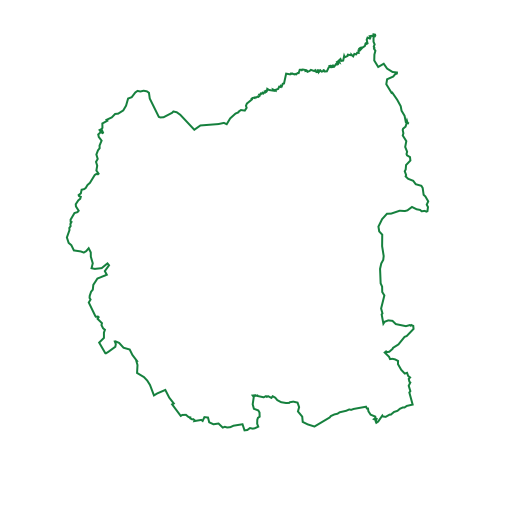 Castleisland Lea-4, Kerry, Ireland, rotated 257°
{"feature_id": "5873133B10619392934553", "entity_name": "Castleisland Lea-4", "entity_type": "district", "adm_level": 2, "iso_a3": "IRL", "parent_name": "Ireland", "parent_adm1": "Kerry", "projection": "mercator", "projection_center": [-9.401, 52.23], "detail": "fine", "context": "isolated", "style": "outline", "palette": "green", "viewbox_px": 512, "rotation_deg": 257, "n_neighbors": 0, "source": "geoboundaries", "source_scale": "gbopen_adm2", "svg_char_len": 6034}
<svg xmlns="http://www.w3.org/2000/svg" viewBox="0 0 512 512"><g transform="rotate(257 256 256)"><path d="M438.2,166.8L431.7,163.2L427.7,159.4L425.7,153.7L426.1,150.7L423.5,146.7L422.3,141.0L421.2,141.5L419.7,136.1L415.4,135.2L414.5,134.2L413.9,131.9L411.9,132.7L412.7,134.3L410.6,134.7L410.3,134.1L411.7,132.7L409.9,129.6L407.3,129.6L403.1,131.5L398.8,128.4L396.2,127.9L394.5,125.8L390.8,123.3L386.2,123.6L383.7,121.3L379.7,121.6L375.2,119.7L371.6,121.1L371.2,120.4L371.8,118.8L371.2,117.1L364.6,110.6L363.1,107.8L360.5,105.3L359.8,103.5L359.8,101.0L356.4,99.4L355.3,96.9L354.3,97.0L353.1,98.6L351.3,97.6L350.2,95.4L347.0,92.0L344.8,91.7L340.0,93.4L338.9,91.9L338.7,88.8L333.1,83.5L331.1,83.1L330.6,83.8L328.9,82.3L326.8,82.1L325.3,80.4L323.2,80.1L316.6,75.9L310.9,76.4L308.1,78.5L302.4,79.8L299.9,86.2L298.1,89.0L298.9,91.6L301.2,94.7L296.7,95.8L292.5,94.9L285.6,95.3L281.1,93.0L279.7,96.0L278.9,102.9L282.2,109.6L280.0,110.7L275.3,105.3L271.3,106.4L269.7,96.4L264.5,91.0L259.9,89.4L258.3,87.3L254.6,85.0L252.6,84.4L250.8,85.0L248.3,82.6L233.7,85.9L232.8,86.3L232.6,88.3L231.8,88.9L230.4,87.5L225.2,90.8L223.4,89.9L220.0,90.7L218.1,92.2L215.6,90.6L210.4,89.4L206.9,83.7L195.2,87.3L194.9,87.8L195.8,90.5L199.2,98.5L201.7,99.6L204.5,99.2L204.5,99.8L202.1,103.1L196.4,106.3L193.3,111.9L187.4,113.3L180.5,116.4L180.5,115.8L176.4,116.0L168.8,113.8L163.2,119.6L159.1,122.0L154.2,123.7L143.1,125.2L144.3,128.8L145.9,137.5L137.5,139.6L130.8,142.7L130.3,140.9L117.1,146.7L117.7,148.4L117.0,152.0L114.2,154.1L113.5,155.7L112.6,155.4L111.2,157.0L111.1,158.2L109.6,159.4L109.0,158.9L108.6,165.8L107.3,166.9L110.6,169.5L109.4,172.9L104.5,173.0L101.6,176.7L101.2,181.8L96.3,185.0L96.6,187.2L95.4,189.3L95.0,192.5L95.7,195.9L95.1,205.0L88.7,205.6L88.4,208.4L89.7,211.4L88.5,214.0L88.4,216.0L89.2,219.8L92.3,219.4L96.1,220.4L97.9,221.5L98.6,223.4L102.7,224.2L105.0,223.5L107.6,219.6L112.2,219.4L119.1,222.1L120.8,221.4L120.5,223.9L119.9,223.9L119.8,225.9L119.3,225.9L116.6,231.7L117.2,234.2L116.3,234.9L116.7,236.2L114.3,239.1L115.6,240.7L113.6,242.9L110.8,244.3L107.9,247.6L106.0,252.2L105.4,255.2L105.9,256.1L105.7,259.6L103.8,263.5L99.0,264.0L95.1,261.9L89.1,264.9L83.8,264.2L80.3,268.5L76.7,274.6L82.1,291.5L83.2,292.9L84.0,296.7L84.0,300.0L84.9,302.3L84.9,309.1L85.5,312.3L84.7,314.1L85.0,316.8L84.4,329.3L82.5,329.7L82.2,330.8L79.4,330.6L75.6,332.0L72.7,336.1L71.2,335.9L70.5,334.2L69.5,335.3L70.5,336.4L70.2,336.9L67.8,335.4L66.4,335.7L67.2,337.8L72.1,343.2L71.1,343.5L70.1,346.2L71.4,350.5L71.1,351.7L73.0,355.4L73.3,359.0L74.8,361.9L75.4,365.1L75.0,366.7L76.0,369.2L76.0,375.2L88.5,374.7L89.6,376.0L95.2,375.6L98.0,377.9L99.0,377.2L101.9,377.2L103.0,378.8L104.9,377.3L108.2,376.9L108.0,374.5L112.4,371.9L118.7,370.0L121.8,370.8L124.0,368.2L125.1,365.9L125.4,363.4L127.8,363.0L133.0,359.7L133.8,361.3L132.9,362.0L132.7,364.3L134.8,368.2L135.7,368.9L137.8,374.9L143.8,382.6L144.1,384.8L149.5,393.1L152.5,393.5L153.8,391.8L153.3,391.1L154.1,390.3L153.9,386.3L158.2,376.9L162.1,374.4L163.5,370.4L163.0,366.6L161.4,364.9L170.8,365.3L171.6,366.3L176.7,366.1L188.7,372.2L192.5,370.9L197.8,372.0L201.3,371.3L215.6,374.0L220.6,376.4L223.6,379.1L227.2,380.4L237.2,381.1L248.4,383.8L252.2,381.6L257.1,381.9L263.6,387.2L267.7,393.1L266.9,397.2L267.8,406.2L266.3,411.2L266.4,413.8L268.7,419.0L265.4,423.0L264.0,426.2L262.3,427.5L262.0,430.5L260.9,432.0L261.1,433.1L265.0,434.6L267.6,433.9L270.5,436.1L276.0,434.4L277.9,433.1L284.8,433.7L287.2,432.9L290.0,427.8L293.9,426.1L297.0,421.6L299.9,419.7L301.1,420.5L305.1,420.0L306.6,421.3L310.9,422.7L314.3,427.9L317.7,428.3L320.1,425.8L321.5,425.6L323.6,426.7L328.7,425.9L334.1,428.3L340.4,426.1L342.4,427.2L345.8,427.3L347.0,428.0L348.4,430.8L351.1,432.4L351.4,433.2L350.8,434.8L351.7,433.6L353.5,433.5L351.9,432.7L352.6,432.1L359.2,432.3L364.8,430.5L369.4,430.7L376.5,428.7L384.6,425.5L384.4,424.8L394.1,421.6L398.7,423.5L400.0,430.1L401.8,432.4L402.1,434.3L403.1,434.6L404.6,430.4L409.1,425.9L414.6,423.7L412.7,417.6L419.9,415.2L425.7,416.7L429.1,418.5L431.4,417.6L432.1,418.2L433.4,417.8L435.5,419.2L438.3,418.7L441.7,419.5L443.5,420.0L443.2,421.1L443.9,421.8L444.9,421.8L445.6,420.3L443.9,419.5L444.6,417.9L444.6,416.3L443.1,416.7L442.2,415.9L443.7,413.8L441.8,412.5L438.1,412.5L437.9,411.9L439.0,411.8L438.4,410.5L436.3,409.5L435.3,407.4L435.4,404.6L434.7,403.1L434.3,403.1L434.6,404.7L434.2,405.3L432.8,403.2L433.1,402.1L430.8,401.7L431.3,400.3L429.9,398.9L430.8,397.3L428.7,395.6L430.9,394.2L430.2,394.0L431.5,390.8L430.3,390.2L429.7,387.1L431.1,386.9L426.8,384.9L426.9,382.9L428.9,382.6L427.7,380.5L426.4,380.7L427.2,380.0L426.8,378.5L425.6,378.7L425.6,379.9L424.4,379.0L424.3,377.9L425.0,377.1L422.8,374.7L422.9,373.3L423.8,374.3L424.4,373.9L424.2,372.9L423.1,372.5L423.3,371.3L424.6,371.2L424.6,370.3L423.7,370.3L423.4,369.3L420.0,366.6L420.3,364.5L421.5,364.2L422.3,362.9L421.4,363.6L420.9,362.9L420.9,361.4L422.4,360.5L421.2,358.8L422.7,359.2L423.1,357.9L421.4,357.6L421.6,356.2L423.7,355.5L423.1,354.4L425.0,351.3L424.2,349.8L423.9,347.6L425.0,347.4L425.1,346.0L425.9,346.4L427.2,343.5L426.3,341.7L427.2,342.5L427.6,340.5L424.6,338.7L424.9,337.6L423.9,335.9L424.6,335.1L424.3,334.2L425.6,332.5L425.3,331.9L426.0,331.2L425.3,330.1L426.9,326.4L417.8,322.1L417.8,320.8L415.5,319.3L416.2,318.5L415.1,318.1L415.8,316.7L413.8,315.2L413.5,312.6L412.6,312.4L414.3,310.2L413.1,310.4L414.8,306.1L416.3,304.6L415.0,304.1L414.7,302.7L414.1,303.5L413.6,303.0L413.7,301.9L413.2,301.5L413.6,300.8L412.7,299.7L413.6,299.0L412.9,298.3L413.3,297.3L412.5,296.9L412.5,295.4L411.3,295.6L410.5,294.1L411.0,293.5L410.4,292.0L410.8,290.8L410.2,290.3L410.7,289.6L410.7,288.1L410.2,287.1L409.5,287.3L406.6,281.4L404.6,280.0L402.5,280.2L400.2,277.8L401.6,274.2L400.6,271.6L399.9,271.2L399.4,268.1L395.9,261.8L391.0,257.1L392.9,254.7L393.0,249.1L395.7,231.2L392.9,224.3L410.6,214.0L413.9,211.1L415.4,208.0L414.4,206.5L412.0,197.2L412.5,194.0L413.4,192.6L433.3,187.9L439.1,188.4L441.0,186.7L442.3,183.7L442.3,180.3L443.5,177.7L442.5,175.2L438.7,170.6L438.2,166.8Z" fill="none" stroke="#15803d" stroke-width="2"/></g></svg>